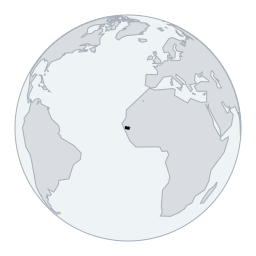 globe centered on Kolda, rotated 12°
{"feature_id": "SEN-774", "entity_name": "Kolda", "entity_type": "Region", "adm_level": 1, "iso_a3": "SEN", "parent_name": "Senegal", "parent_adm1": "", "projection": "orthographic", "projection_center": [-14.005, 13.12], "detail": "fine", "context": "on_globe", "style": "filled", "palette": "ink", "viewbox_px": 256, "rotation_deg": 12, "n_neighbors": 0, "source": "natural_earth", "source_scale": "10m", "svg_char_len": 8729}
<svg xmlns="http://www.w3.org/2000/svg" viewBox="0 0 256 256"><g transform="rotate(12 128 128)"><circle cx="128" cy="128" r="113" fill="#eef3f6" stroke="#a8b0b8"/><path d="M25.8,80.6L24.9,82.6L25.1,82.1L25.8,80.6ZM98.9,19.2L93.8,20.7L93.7,21.1L84.8,25.9L87.1,25.2L85.2,27.0L87.1,26.9L84.9,28.2L88.3,27.1L90.0,26.0L92.0,25.2L93.3,25.2L90.7,26.7L89.7,26.9L89.6,27.3L87.8,28.1L89.4,27.7L86.2,29.7L91.3,27.8L90.2,29.4L87.6,30.8L85.4,30.5L74.0,34.3L70.7,36.2L68.1,38.7L68.2,43.4L65.5,45.8L63.6,49.0L66.1,47.6L68.6,44.6L72.9,43.0L75.3,39.9L77.4,38.9L80.9,36.0L82.9,36.7L83.0,39.0L80.3,41.5L80.2,42.7L84.9,40.7L81.8,46.2L83.1,51.5L82.0,53.1L76.2,55.0L70.9,53.7L63.3,57.5L70.8,55.4L67.9,60.0L68.5,61.1L70.2,61.3L72.3,59.8L71.8,61.6L64.2,64.0L64.5,62.4L66.9,61.5L64.4,61.1L59.3,63.3L58.2,65.8L51.6,67.6L50.8,69.6L48.8,71.2L50.6,67.9L47.3,74.1L39.3,79.2L34.6,90.6L36.4,80.9L35.4,79.2L33.7,78.4L32.8,80.2L31.7,77.5L28.6,80.2L24.5,88.6L22.5,96.0L24.0,97.8L25.8,94.4L27.8,94.7L23.4,104.4L26.3,107.8L24.3,115.5L24.7,120.2L26.9,120.1L28.9,123.1L31.4,119.1L35.0,117.7L34.0,124.2L36.8,118.9L38.2,122.6L45.9,124.5L45.1,125.8L51.4,135.1L59.9,140.2L61.9,145.4L60.7,148.1L64.0,149.5L64.1,151.4L78.7,156.5L87.4,162.2L87.9,168.7L82.2,175.4L80.7,190.1L71.4,193.5L71.5,199.0L68.5,206.2L62.6,204.4L66.8,208.9L65.6,210.7L62.5,210.0L64.1,212.7L61.9,212.2L65.0,214.4L64.8,217.0L68.8,220.2L69.5,222.2L72.2,224.0L71.3,223.7L71.1,223.9L72.2,224.8L67.7,222.4L62.6,218.4L61.3,216.8L60.0,216.1L56.9,211.8L56.7,212.4L50.6,204.6L47.9,198.4L39.9,178.5L37.4,173.9L31.8,167.4L24.7,149.6L25.4,143.6L24.4,140.0L27.8,132.2L27.7,123.1L26.7,121.4L25.2,124.2L22.7,117.0L22.9,109.8L21.1,93.8L22.2,90.0L24.2,84.7L29.7,73.0L34.0,66.0L38.7,59.3L43.9,53.0L49.6,47.1L55.7,41.6L62.1,36.6L69.0,32.1L76.1,28.0L83.5,24.5L91.1,21.6L98.9,19.2ZM32.9,94.3L36.3,101.9L33.0,101.4L33.9,100.6L33.3,97.8L31.8,94.7L29.2,94.8L32.9,94.3ZM37.6,89.0L36.9,88.2L37.8,88.5L37.6,89.0ZM79.6,35.9L80.2,36.0L79.2,36.5L79.6,35.9ZM80.5,34.7L78.9,35.3L79.1,34.8L80.0,34.5L80.5,34.7ZM82.4,34.2L79.6,33.9L80.0,33.1L84.0,31.3L82.4,34.2ZM89.9,25.7L88.3,26.8L88.5,26.0L89.9,25.7ZM89.6,25.4L87.3,24.4L90.4,22.9L90.6,23.4L93.6,21.8L96.3,21.5L95.2,22.3L92.6,23.3L95.6,22.5L89.6,25.4ZM92.8,24.9L92.1,24.7L94.8,23.4L96.7,23.5L95.2,23.9L92.8,24.9ZM93.2,21.6L95.5,20.8L98.2,20.3L99.5,19.9L96.6,21.4L93.2,21.6ZM95.3,24.2L97.6,23.6L97.5,24.3L93.7,25.0L95.3,24.2ZM94.6,23.0L96.0,22.5L95.9,22.8L94.6,23.0ZM98.6,26.7L97.6,26.3L98.9,25.5L98.6,26.7ZM98.5,23.4L98.5,23.2L98.9,22.9L100.4,22.7L98.5,23.4ZM98.8,21.0L99.4,21.1L100.1,20.4L102.2,20.2L99.9,21.2L101.7,20.7L102.4,20.6L99.8,21.6L98.8,21.0ZM103.2,21.8L100.9,23.4L102.4,24.1L101.3,24.8L99.1,23.5L103.2,21.8ZM101.4,21.6L102.2,21.8L100.4,22.4L98.7,22.6L101.4,21.6ZM104.4,19.7L101.8,19.7L102.4,19.5L104.4,19.7ZM104.0,21.8L104.5,21.5L104.3,21.8L104.0,21.8ZM104.7,20.2L103.7,20.2L104.4,19.9L104.7,20.2ZM106.4,20.8L105.6,21.3L104.5,21.4L106.4,20.8ZM105.9,20.4L107.1,20.1L104.5,21.1L105.3,20.4L105.9,20.4ZM105.5,19.9L105.8,20.0L105.5,19.9ZM111.2,20.4L108.2,21.7L105.6,21.8L108.9,20.5L111.2,20.4ZM76.4,227.0L68.7,223.0L72.5,225.0L72.3,224.2L77.4,226.8L76.4,227.0ZM77.0,225.0L78.4,224.8L79.6,225.4L78.8,225.7L77.0,225.0ZM239.4,111.1L239.5,112.1L236.2,98.8L232.7,89.4L232.8,91.2L228.3,84.8L224.2,87.7L222.5,85.5L221.9,87.4L218.6,86.1L215.6,82.6L214.1,83.6L221.8,92.9L223.3,91.9L223.0,86.9L225.0,90.6L228.1,93.0L228.6,104.1L220.7,117.4L218.1,109.8L202.6,91.3L202.0,88.9L201.9,88.6L201.6,88.2L202.1,92.3L198.8,88.7L209.0,101.9L211.5,108.1L220.6,117.9L220.2,119.4L222.6,121.2L227.9,115.7L228.4,118.3L227.0,132.0L217.9,152.2L218.1,163.1L215.7,172.8L207.7,181.0L206.1,188.0L201.7,191.5L199.9,195.5L195.0,200.5L187.8,205.6L177.9,207.4L179.1,204.0L176.9,197.8L174.7,181.6L179.1,173.0L179.0,166.8L171.6,153.7L173.4,145.5L171.0,142.4L166.2,143.8L163.2,140.1L160.2,140.4L139.8,145.0L132.5,140.3L121.1,124.8L124.0,118.2L122.6,110.8L140.8,84.4L146.9,85.3L163.7,80.1L166.2,80.6L166.6,86.4L181.1,91.2L183.0,86.0L193.8,87.8L199.5,86.3L197.4,75.7L188.0,77.8L184.1,73.4L189.7,67.4L197.5,66.1L196.2,64.3L189.4,61.5L189.1,57.8L186.7,60.3L189.2,61.8L187.7,63.6L185.4,62.4L185.4,61.0L182.5,60.8L183.2,67.8L185.7,70.1L179.3,72.8L183.0,76.9L181.9,79.4L175.3,73.4L174.5,70.9L163.9,65.3L164.2,68.1L174.2,73.7L172.0,73.5L172.5,77.9L170.4,74.5L159.3,68.1L152.2,70.9L146.6,82.5L141.7,84.1L136.0,82.6L134.6,71.8L145.7,69.7L145.3,66.4L140.2,62.3L144.0,62.2L143.2,60.4L147.1,59.6L149.7,54.8L153.2,53.9L151.5,48.7L153.0,47.7L153.6,50.9L155.9,52.9L164.3,51.2L165.1,49.8L163.3,46.8L165.8,46.9L163.0,44.2L166.5,42.3L159.9,42.5L157.5,39.5L158.1,36.8L156.1,36.0L155.2,40.4L155.9,42.2L158.4,43.6L159.3,49.3L157.0,50.7L151.6,45.3L147.8,46.9L145.2,42.5L149.3,32.4L152.4,30.3L163.4,32.3L164.3,34.1L160.8,34.2L166.6,36.6L164.9,35.2L167.0,35.5L165.3,33.1L166.7,33.2L162.7,30.9L164.2,30.8L166.8,32.3L165.6,29.2L168.1,28.7L167.1,28.0L165.4,27.4L169.7,27.5L168.8,27.0L167.0,26.7L164.1,25.6L160.7,23.9L162.3,24.0L163.8,24.6L169.4,26.4L173.1,28.4L173.4,28.3L170.6,26.6L163.8,24.4L161.2,23.4L164.4,24.1L163.0,23.8L162.3,23.3L163.1,23.1L159.6,22.2L149.1,18.2L149.7,17.8L153.6,18.6L148.1,17.2L156.2,18.9L164.0,21.3L171.7,24.2L179.2,27.7L186.3,31.7L193.2,36.2L199.7,41.2L205.9,46.6L211.6,52.5L216.9,58.8L221.7,65.5L226.0,72.5L229.8,79.8L233.0,87.3L235.7,95.1L237.8,103.0L239.4,111.1ZM137.2,97.4L137.3,99.6L137.2,97.4ZM207.7,70.2L211.1,69.3L206.4,63.8L207.3,63.1L205.3,61.6L206.0,63.4L200.7,59.3L201.0,57.1L198.9,54.8L197.7,55.0L197.9,59.9L205.5,65.5L206.1,68.3L207.7,70.2ZM46.2,124.4L47.0,125.9L45.7,125.6L46.2,124.4ZM31.8,103.8L32.9,104.4L33.2,105.7L32.2,105.6L31.8,103.8ZM42.6,107.7L44.2,108.8L42.2,108.8L42.6,107.7ZM37.0,102.9L41.3,107.1L37.6,108.0L35.0,105.4L37.2,105.6L37.0,102.9ZM35.6,92.4L36.1,93.2L35.5,94.2L35.6,92.4ZM38.3,89.3L37.9,89.3L38.0,88.2L38.3,89.3ZM68.4,59.9L69.0,59.7L70.3,60.3L69.0,60.8L68.4,59.9ZM80.3,58.8L79.3,61.8L79.1,59.9L77.1,61.0L74.2,58.6L81.3,53.8L78.6,56.3L80.3,58.8ZM72.3,54.6L73.4,56.3L72.0,54.6L72.3,54.6ZM135.2,52.5L137.5,53.3L137.4,55.4L132.9,57.5L133.0,54.4L135.2,52.5ZM140.7,54.0L136.6,48.6L139.2,47.4L138.4,48.9L140.6,48.7L139.9,51.1L146.4,55.6L146.8,57.8L138.3,60.0L140.9,57.9L138.5,57.1L140.7,54.0ZM121.4,40.0L119.7,38.5L127.6,37.6L128.3,39.2L123.9,41.2L120.5,40.5L121.4,40.0ZM90.1,31.4L89.0,31.5L89.7,31.0L91.2,30.5L90.1,31.4ZM98.0,26.6L96.0,30.9L94.6,31.1L95.2,33.9L91.6,35.5L91.3,33.6L89.0,37.2L87.3,36.1L86.1,38.6L85.9,34.2L84.3,33.6L87.5,33.5L90.9,31.9L91.8,31.1L93.4,28.5L91.6,26.9L94.6,25.4L97.3,24.7L98.1,24.9L95.9,25.8L98.7,25.3L96.1,26.7L98.0,26.6ZM126.3,22.4L123.3,22.6L128.5,23.4L126.0,24.2L126.7,24.3L125.8,25.4L126.0,26.9L124.5,27.1L125.3,27.6L124.7,28.5L125.1,29.3L122.6,30.2L123.0,31.3L121.6,31.1L123.0,32.9L120.8,32.0L119.8,33.2L122.4,33.4L107.6,37.8L103.1,40.8L100.5,44.0L97.1,42.5L97.5,38.7L100.0,34.5L104.8,32.0L102.4,31.9L104.0,30.8L105.2,31.3L104.4,29.9L106.0,29.1L108.2,26.3L105.9,25.1L106.7,24.2L108.4,24.3L107.9,23.4L111.7,23.1L112.4,22.5L116.7,21.8L119.7,22.7L120.2,22.0L123.5,21.6L126.3,22.4ZM112.5,20.2L116.6,20.6L117.3,21.4L109.4,22.4L108.3,22.9L103.3,23.9L102.5,22.8L104.0,22.6L105.3,22.2L105.0,22.7L106.2,22.0L108.3,21.7L109.8,21.2L110.7,21.4L112.5,20.2ZM167.6,78.3L169.3,78.2L171.6,77.6L172.0,80.5L167.6,78.3ZM160.1,74.0L161.4,73.4L163.1,76.9L161.3,77.0L160.1,74.0ZM160.7,70.3L161.3,73.1L160.0,71.7L160.7,70.3ZM154.7,50.3L155.9,49.7L156.6,50.4L156.6,51.6L154.7,50.3ZM141.3,26.2L139.5,25.9L139.5,25.6L136.4,24.3L138.0,23.7L140.5,24.3L141.3,26.2ZM196.6,77.8L195.8,80.1L194.6,79.4L195.1,78.7L196.6,77.8ZM183.9,80.4L187.5,81.1L184.0,81.2L183.9,80.4ZM142.6,25.4L141.1,24.9L142.8,25.0L142.6,25.4ZM139.1,23.3L140.9,23.3L137.9,23.5L139.1,23.3ZM226.1,167.4L217.4,185.5L214.6,186.6L215.8,182.0L220.2,171.5L224.0,167.4L226.3,162.2L226.1,167.4ZM154.6,22.3L157.1,24.5L159.9,26.2L163.3,27.1L159.6,26.9L155.2,24.3L154.6,22.3ZM149.6,18.6L146.7,18.1L147.2,18.0L148.0,18.1L149.6,18.6ZM148.4,18.6L146.2,18.7L144.1,18.3L146.2,18.2L148.4,18.6ZM144.6,21.5L145.2,22.1L143.8,21.9L144.6,21.5ZM140.8,16.1L141.9,16.2L141.0,16.1L139.1,15.9L140.8,16.1Z" fill="#d9dde1" stroke="#a8b0b8" stroke-width="1"/><path d="M129.2,128.9L128.5,128.9L127.8,128.9L127.4,128.9L127.2,128.9L126.5,128.9L126.3,128.9L125.8,128.9L125.8,128.7L125.8,128.4L125.8,128.2L125.7,128.2L125.6,127.9L125.4,127.8L125.4,127.7L125.5,127.5L125.6,127.4L125.7,127.2L125.8,127.1L126.0,127.2L126.1,127.3L126.3,127.3L126.5,127.4L126.6,127.5L126.8,127.6L127.0,127.6L127.3,127.8L127.5,127.8L127.8,127.7L128.0,127.7L128.3,127.6L128.4,127.4L128.2,127.3L128.2,127.2L128.3,127.2L128.4,127.3L128.5,127.3L128.5,127.5L128.4,127.5L128.5,127.5L128.7,127.8L128.8,127.8L128.7,127.9L128.8,127.9L128.8,128.0L129.0,128.3L128.9,128.3L129.0,128.4L129.0,128.5L129.0,128.8L129.2,128.9Z" fill="#0f172a" stroke="#020617" stroke-width="1.5"/></g></svg>